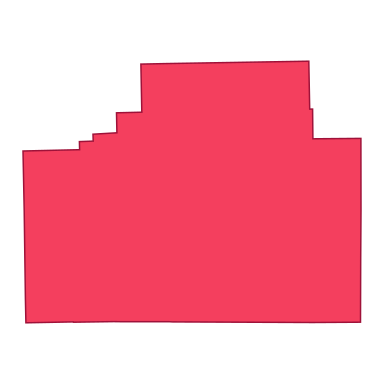 outline of McLean, Illinois, United States of America
{"feature_id": "52423323B64474423593150", "entity_name": "McLean", "entity_type": "district", "adm_level": 2, "iso_a3": "USA", "parent_name": "United States of America", "parent_adm1": "Illinois", "projection": "mercator", "projection_center": [-88.926, 40.519], "detail": "fine", "context": "isolated", "style": "filled", "palette": "rose", "viewbox_px": 384, "rotation_deg": 0, "n_neighbors": 0, "source": "geoboundaries", "source_scale": "gbopen_adm2", "svg_char_len": 477}
<svg xmlns="http://www.w3.org/2000/svg" viewBox="0 0 384 384"><path d="M73.4,322.2L113.7,321.6L120.9,321.7L169.0,321.7L172.6,321.9L312.7,322.5L360.5,322.2L360.7,258.2L361.0,210.3L360.9,138.4L312.9,138.8L312.6,109.1L309.7,109.1L308.8,61.2L164.9,63.6L140.9,64.1L141.8,112.2L116.5,112.8L116.9,132.8L93.0,134.2L93.2,141.1L79.4,141.6L79.6,149.7L70.7,149.9L23.0,151.0L24.2,210.7L25.4,298.5L25.9,322.8L73.3,321.9L73.4,322.2Z" fill="#f43f5e" stroke="#9f1239" stroke-width="1.5"/></svg>